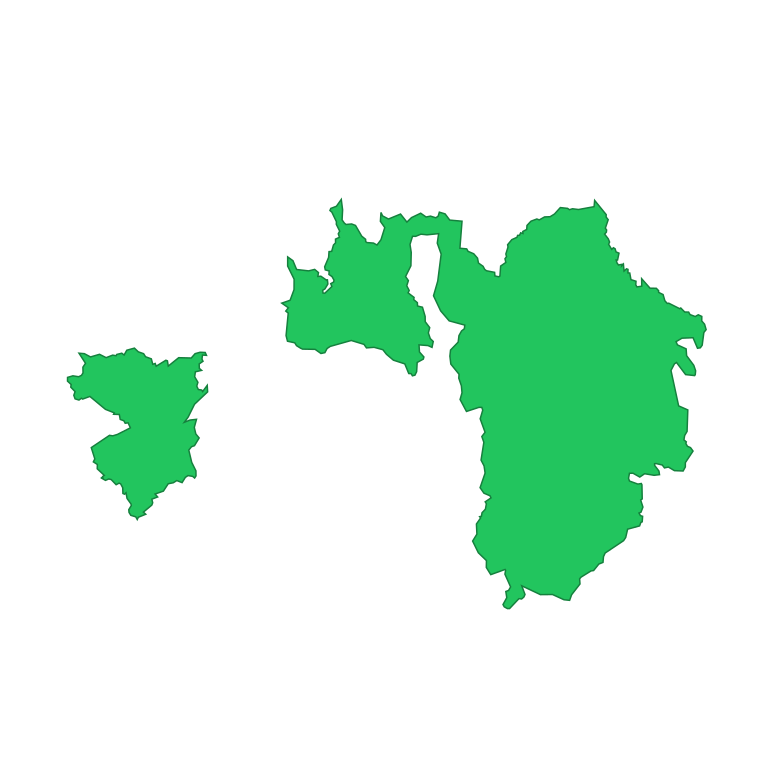 Tecomatlán, Puebla, Mexico (Albers equal-area conic projection), rotated 97°
{"feature_id": "50627088B46760499332647", "entity_name": "Tecomatlán", "entity_type": "district", "adm_level": 2, "iso_a3": "MEX", "parent_name": "Mexico", "parent_adm1": "Puebla", "projection": "albers", "projection_center": [-98.317, 18.022], "detail": "fine", "context": "isolated", "style": "filled", "palette": "green", "viewbox_px": 768, "rotation_deg": 97, "n_neighbors": 0, "source": "geoboundaries", "source_scale": "gbopen_adm2", "svg_char_len": 6125}
<svg xmlns="http://www.w3.org/2000/svg" viewBox="0 0 768 768"><g transform="rotate(97 384 384)"><path d="M347.9,487.1L353.3,485.0L354.0,477.6L356.6,475.5L358.6,471.2L359.3,469.1L358.0,456.6L361.4,450.3L360.1,446.5L355.7,444.8L353.2,441.9L344.8,421.8L347.1,408.7L350.3,405.8L348.8,398.3L350.1,389.3L354.2,385.2L359.2,377.6L361.5,365.8L370.6,360.7L370.4,358.4L372.4,356.8L371.5,354.4L367.8,353.1L358.6,353.7L354.5,348.0L352.3,347.7L347.9,352.7L340.9,354.0L340.5,345.0L341.8,340.8L335.8,340.3L333.3,343.6L327.9,346.2L322.5,345.5L317.1,350.7L311.9,351.4L303.1,355.2L302.5,360.2L299.2,360.8L296.6,364.8L294.4,364.7L290.6,371.2L288.1,370.4L283.7,373.4L278.4,372.4L274.7,375.7L263.4,371.7L250.1,373.0L242.3,375.2L233.9,373.7L233.6,370.6L230.8,365.6L230.7,359.5L228.1,348.1L237.7,348.3L248.1,343.1L275.3,343.2L290.4,345.6L304.5,336.7L313.4,327.0L315.7,311.0L319.4,311.0L321.9,313.5L326.8,315.5L333.4,315.5L342.2,322.1L348.3,322.0L356.1,320.1L365.2,310.7L369.1,310.5L376.3,307.0L383.2,305.5L390.1,306.6L401.2,298.8L395.6,286.9L395.3,284.1L397.9,282.8L406.8,284.3L419.6,277.8L424.2,280.5L429.7,277.8L447.7,278.4L453.1,274.7L460.1,272.8L475.2,276.0L480.2,271.5L482.0,265.2L484.0,263.9L488.6,269.2L490.4,267.8L495.9,268.1L499.8,271.0L503.4,271.2L504.0,272.9L505.2,271.8L511.7,275.2L521.7,273.5L529.1,276.9L540.0,269.8L546.8,260.8L553.6,260.1L560.2,254.8L553.3,241.2L554.0,240.6L558.0,240.8L570.0,233.6L573.7,235.2L575.1,237.8L581.1,236.1L588.4,239.0L590.5,237.5L591.9,234.1L591.6,232.0L580.6,223.9L580.6,221.2L578.4,219.2L575.7,218.4L567.5,222.7L574.0,203.1L572.4,191.1L576.2,179.1L576.1,173.4L570.3,172.1L558.6,165.1L553.5,166.1L551.6,164.8L544.3,155.7L543.6,153.2L536.5,148.8L534.4,144.9L528.6,145.1L524.8,143.9L510.3,127.1L506.9,125.4L498.4,124.5L493.7,113.0L490.1,112.2L489.3,110.9L483.8,111.2L483.4,113.4L481.0,115.2L479.9,113.3L474.6,112.0L467.9,115.1L466.6,113.7L452.6,115.7L451.4,116.5L452.4,119.8L450.4,128.5L447.8,129.8L442.7,129.5L442.2,126.0L445.2,118.8L441.3,114.4L441.7,104.8L440.4,99.5L436.9,100.5L431.9,105.4L430.1,105.7L429.8,104.2L430.5,97.9L433.1,95.4L431.8,91.6L434.6,85.2L433.9,76.5L429.6,74.8L425.3,75.3L412.9,69.1L409.8,72.0L408.8,75.3L406.1,77.2L404.6,76.9L402.9,79.5L398.5,79.3L394.1,77.4L372.7,79.3L369.8,88.9L335.6,100.8L328.6,98.2L327.0,96.3L337.9,85.8L337.8,76.7L336.8,76.2L332.9,76.3L327.7,78.8L319.0,87.1L312.3,88.4L309.4,97.5L306.4,99.3L302.2,93.8L300.4,82.9L310.3,77.2L309.5,74.4L306.7,72.9L293.9,72.8L290.8,70.9L285.6,73.1L282.7,76.3L278.2,76.8L277.0,80.5L279.1,83.3L277.8,88.7L275.5,90.4L275.9,94.3L272.4,98.7L273.2,99.7L269.1,111.2L269.5,112.7L267.1,115.4L261.2,117.9L259.6,122.6L257.9,122.8L255.8,125.4L256.5,131.6L248.1,141.1L255.5,140.1L256.8,144.8L254.9,146.2L251.3,146.4L250.3,151.6L243.9,153.6L244.0,155.4L240.5,155.8L240.1,157.3L242.6,159.5L235.8,161.0L237.7,162.4L236.2,162.3L237.3,165.8L235.4,167.5L232.6,168.7L232.5,167.3L225.5,166.7L224.6,169.8L221.6,171.1L220.8,172.9L222.6,174.4L217.9,178.1L215.6,177.4L212.6,179.1L208.3,183.3L206.2,181.8L204.0,181.8L202.4,183.3L193.6,181.5L191.2,183.9L188.8,184.1L176.1,197.3L182.4,197.1L187.1,212.2L187.1,218.3L188.4,221.2L187.3,223.2L187.4,230.5L194.5,235.5L197.7,239.5L198.6,245.0L202.2,249.9L201.6,252.4L204.5,258.0L209.2,261.4L213.2,261.2L215.7,264.8L217.7,264.4L217.3,266.8L219.9,267.6L220.2,269.5L222.2,269.9L225.1,274.7L230.7,278.3L232.9,277.6L240.1,278.9L242.7,277.9L244.9,279.2L248.5,277.9L252.7,282.6L262.7,282.1L263.6,283.2L263.2,287.1L259.7,287.8L259.1,296.1L258.0,298.0L255.1,300.0L252.4,305.0L247.7,306.5L243.8,310.8L242.1,316.7L239.8,318.4L240.0,325.2L212.9,326.4L213.3,338.7L207.7,344.1L206.7,350.0L210.8,350.7L212.7,352.8L211.7,358.3L213.1,362.6L210.0,368.4L215.5,377.0L220.5,381.0L213.3,388.3L219.7,399.7L217.3,405.9L214.1,407.9L223.0,407.4L228.6,402.3L241.2,404.6L246.9,407.9L245.4,411.6L245.7,418.2L244.9,419.5L242.6,419.9L240.0,424.1L230.1,431.6L229.1,435.6L230.3,441.2L229.0,443.1L226.2,445.6L216.2,446.3L206.0,448.9L213.4,452.9L216.2,458.2L218.4,458.8L219.8,456.7L228.7,451.0L231.3,450.8L237.7,446.6L240.5,447.7L243.8,446.1L246.1,449.8L249.8,449.3L252.2,451.1L258.7,452.1L259.3,454.7L265.1,454.4L274.9,457.2L277.9,456.2L278.5,452.2L282.0,452.0L283.7,448.7L287.0,446.3L288.9,446.4L290.9,449.1L293.6,447.6L301.1,453.8L301.2,455.6L298.5,456.3L296.8,454.2L291.6,451.9L286.9,453.0L288.2,453.2L284.7,459.8L285.3,462.8L281.4,462.6L278.7,466.8L280.9,472.6L281.0,484.7L272.7,489.4L269.6,495.1L278.7,494.0L290.9,486.0L301.3,484.8L312.3,487.4L316.2,495.3L320.0,488.2L323.6,490.4L325.3,487.7L347.9,487.1ZM511.5,653.7L513.6,648.7L511.8,645.6L512.1,643.1L516.6,637.6L514.7,634.9L515.2,633.2L518.8,630.7L524.5,629.8L525.0,628.1L523.4,626.8L528.9,625.1L533.9,620.5L535.4,620.0L539.8,622.0L542.6,621.4L545.2,619.3L546.1,614.2L548.6,612.4L546.2,611.6L542.3,604.6L540.5,607.2L532.5,599.7L530.1,599.1L526.6,600.4L523.7,594.9L521.1,597.8L517.2,589.9L509.3,586.0L507.7,581.1L505.1,577.9L506.5,572.4L500.9,569.8L498.8,567.4L499.0,562.7L500.4,560.5L498.1,559.4L493.1,560.1L485.2,565.3L473.4,569.7L469.7,567.4L468.3,564.6L460.1,560.9L456.5,564.7L450.2,567.0L441.9,565.8L443.4,572.1L446.3,577.5L440.6,574.3L427.2,569.6L413.3,558.1L406.9,559.3L413.6,563.1L412.2,564.2L412.1,567.6L408.9,569.6L405.0,568.9L399.9,572.8L394.9,572.7L392.7,566.7L391.0,569.2L386.6,569.9L383.5,566.4L381.5,567.7L377.4,567.7L377.2,563.7L374.5,565.3L374.9,570.4L376.9,575.2L381.7,578.5L382.9,591.0L392.5,600.3L387.4,601.8L387.0,603.4L394.1,612.3L391.5,613.6L392.6,615.9L387.4,618.0L386.0,624.0L383.2,626.3L382.0,631.8L378.8,636.1L381.8,643.4L386.9,645.5L385.4,648.0L387.2,652.8L388.6,653.4L388.4,656.8L391.7,663.0L389.2,670.0L392.9,678.6L390.4,685.1L390.6,690.5L399.8,682.8L404.0,684.9L409.6,684.1L412.3,685.3L414.0,688.0L413.8,693.8L416.0,698.9L419.7,698.5L422.6,694.5L425.3,694.5L429.2,689.7L433.0,690.5L436.4,688.8L437.1,684.8L435.0,682.6L435.7,681.3L432.2,674.4L443.1,657.4L445.5,648.2L447.0,648.7L446.5,643.0L451.3,641.5L452.2,637.7L454.5,636.1L453.7,633.3L458.4,630.4L466.5,642.4L468.5,646.9L468.4,650.2L482.8,666.8L493.6,661.9L496.7,663.0L498.8,658.7L503.1,658.3L508.8,650.5L510.2,652.1L511.6,651.5L511.5,653.7Z" fill="#22c55e" stroke="#15803d" stroke-width="1.5"/></g></svg>